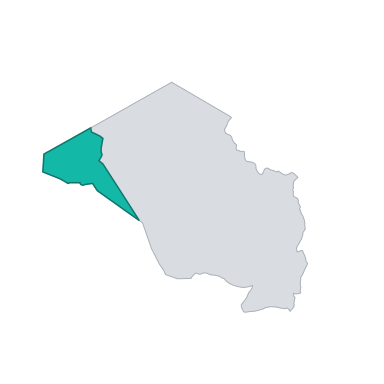 where Tibesti sits in Chad, rotated 301°
{"feature_id": "TCD-5578", "entity_name": "Tibesti", "entity_type": "Préfecture", "adm_level": 1, "iso_a3": "TCD", "parent_name": "Chad", "parent_adm1": "", "projection": "robinson", "projection_center": [15.919, 20.285], "detail": "fine", "context": "in_parent", "style": "filled", "palette": "teal", "viewbox_px": 384, "rotation_deg": 301, "n_neighbors": 0, "source": "natural_earth", "source_scale": "10m", "svg_char_len": 5888}
<svg xmlns="http://www.w3.org/2000/svg" viewBox="0 0 384 384"><g transform="rotate(301 192 192)"><path d="M275.6,118.0L275.7,126.2L275.8,134.3L275.9,142.5L276.0,150.7L276.1,158.9L276.2,167.1L276.3,175.2L276.4,183.4L276.4,186.1L276.2,187.2L276.1,187.4L275.8,187.5L272.0,186.8L270.3,186.8L268.0,187.3L264.6,187.7L262.3,187.6L260.8,189.0L259.6,190.7L260.2,194.7L260.1,196.1L259.7,197.5L258.6,198.7L257.6,199.6L257.0,200.5L256.2,202.3L255.7,203.2L255.7,204.3L255.5,205.5L254.9,206.2L253.3,206.6L252.3,207.2L251.5,208.0L250.9,208.7L251.2,209.5L251.6,210.7L251.9,212.5L252.0,213.6L252.8,214.4L253.3,215.0L253.5,215.8L253.0,216.4L251.1,217.8L250.3,218.2L249.4,218.9L249.1,219.2L247.6,220.4L246.9,221.5L246.6,222.4L246.6,223.7L247.4,225.6L248.2,227.2L248.5,228.5L248.7,229.8L248.6,231.1L248.2,232.2L247.5,233.2L244.8,235.0L243.5,237.1L242.4,239.6L242.2,240.9L242.5,241.9L243.0,242.6L243.8,243.0L245.0,243.1L246.9,242.7L248.7,242.4L250.7,243.3L251.7,245.4L251.3,247.0L252.0,249.7L252.7,253.1L252.7,254.2L252.9,254.6L254.1,254.8L254.4,255.6L254.1,261.5L254.6,263.1L255.4,264.3L256.4,264.9L257.3,265.7L257.7,266.3L258.8,266.4L260.0,267.5L260.3,268.9L260.3,270.3L259.6,273.2L259.0,275.3L258.4,275.1L256.9,274.6L255.2,274.2L253.1,273.8L251.1,274.7L249.0,275.7L248.3,276.5L247.7,277.0L246.8,276.9L245.9,277.0L245.4,277.8L244.6,278.6L241.5,280.3L240.9,281.0L240.5,281.6L240.5,282.3L240.8,283.6L240.8,285.4L240.1,286.8L239.3,287.7L238.4,288.1L237.7,288.3L237.2,288.9L235.5,292.1L234.8,292.7L233.4,292.6L229.3,297.4L228.9,298.8L227.4,300.8L225.5,303.0L223.8,304.1L223.7,304.5L223.3,304.9L222.2,305.4L218.6,308.1L214.2,308.0L212.3,309.1L210.5,309.5L207.7,310.1L206.9,310.0L203.4,310.2L199.3,310.2L197.7,310.5L196.2,311.6L195.2,312.5L195.0,312.8L195.2,313.2L195.1,313.5L198.0,315.7L198.7,316.8L198.0,317.8L197.6,318.0L197.1,318.9L195.5,321.4L192.9,324.3L191.6,325.2L191.1,325.7L190.4,327.7L189.9,327.9L188.2,328.2L184.7,328.4L179.9,329.1L177.0,329.3L175.2,329.1L172.7,330.4L171.7,330.8L171.2,330.9L168.7,332.2L166.6,334.2L165.9,334.6L162.9,335.5L161.8,336.9L161.2,337.0L159.3,335.2L158.1,333.5L157.4,331.8L157.4,331.2L157.0,331.4L156.0,332.1L155.1,333.0L154.7,334.6L151.6,335.7L149.1,336.6L147.9,337.8L146.1,338.4L143.7,338.2L141.9,337.7L140.2,337.5L141.0,336.0L141.3,334.9L141.4,333.6L141.3,332.7L140.2,332.2L139.6,331.5L138.0,327.2L136.5,322.9L134.3,318.6L131.9,315.8L130.2,314.1L129.6,313.9L128.7,313.4L128.1,312.9L124.9,310.0L121.7,306.7L120.8,305.2L119.2,303.0L117.3,300.7L116.4,299.7L115.9,297.8L117.2,296.1L118.6,293.9L120.2,292.5L122.4,292.4L125.9,293.0L129.8,293.2L133.6,292.7L134.6,292.4L135.5,292.5L137.6,293.0L141.2,292.8L143.0,292.0L141.0,290.5L138.9,288.1L136.9,285.6L135.7,283.2L134.6,280.2L133.6,276.5L132.9,271.7L133.0,269.0L133.3,267.0L134.4,263.9L133.7,262.0L133.9,260.5L133.8,258.3L133.4,257.1L132.0,253.5L131.8,253.1L130.5,250.5L130.0,246.2L128.6,243.4L126.4,242.1L125.2,240.4L124.7,237.5L123.8,236.7L120.3,235.7L117.4,235.7L115.3,232.4L112.6,228.1L110.1,224.2L108.5,216.3L107.6,211.8L108.7,210.4L110.7,207.2L113.4,201.1L119.4,191.6L122.4,186.7L128.5,179.4L135.9,170.5L140.1,165.4L140.8,156.3L141.5,146.6L142.1,139.3L142.8,130.6L143.3,123.3L143.7,118.0L144.3,110.5L144.8,109.1L147.7,103.2L148.0,102.4L147.4,101.4L143.3,96.4L142.0,95.3L141.2,92.7L142.3,91.3L137.3,82.9L136.1,81.9L135.6,80.8L135.5,79.3L135.4,73.5L134.1,64.4L132.4,53.8L138.2,50.8L142.6,48.5L148.3,45.6L153.5,48.6L161.1,52.9L168.7,57.3L176.3,61.6L183.9,65.9L191.5,70.3L199.1,74.6L206.7,79.0L214.3,83.3L222.0,87.6L229.6,92.0L237.3,96.3L244.9,100.6L252.6,105.0L260.3,109.3L267.9,113.7L275.6,118.0Z" fill="#d9dde1" stroke="#a8b0b8" stroke-width="1"/><path d="M148.3,45.6L149.7,46.4L151.7,47.5L153.6,48.7L155.6,49.8L157.5,50.9L159.5,52.0L161.5,53.1L163.4,54.3L165.4,55.4L167.3,56.5L169.3,57.6L171.2,58.7L173.2,59.9L175.2,61.0L177.1,62.1L179.1,63.2L181.0,64.3L183.0,65.4L185.0,66.6L186.9,67.7L188.9,68.8L190.8,69.9L192.8,71.0L194.8,72.2L191.6,74.8L192.1,79.4L192.5,83.9L192.1,88.0L188.6,89.3L182.7,91.6L179.6,93.4L177.6,95.7L175.6,96.1L170.9,96.1L170.2,101.1L161.6,118.6L152.9,136.3L140.4,161.5L140.5,160.6L140.5,159.8L140.6,159.0L140.7,158.1L140.7,157.3L140.8,156.5L140.9,155.6L140.9,154.8L141.0,154.0L141.0,153.1L141.1,152.3L141.2,151.4L141.2,150.6L141.3,149.8L141.4,148.9L141.4,148.1L141.5,147.3L141.6,146.4L141.6,145.6L141.6,145.4L141.7,144.8L141.8,143.9L141.8,143.1L141.9,142.2L142.0,141.4L142.0,140.6L142.1,139.7L142.1,138.9L142.2,138.1L142.3,137.2L142.3,136.4L142.4,135.6L142.5,134.7L142.5,133.9L142.6,133.0L142.7,132.2L142.7,131.4L142.8,130.5L142.9,129.7L142.9,128.9L143.0,128.0L143.1,127.2L143.1,126.4L143.2,125.5L143.2,124.7L143.3,123.8L143.4,123.0L143.4,122.2L143.5,121.3L143.6,120.5L143.6,119.7L143.7,118.8L143.8,118.0L143.8,117.2L143.9,116.3L144.0,115.5L144.0,114.6L144.1,113.8L144.1,113.0L144.2,112.1L144.3,111.3L144.3,110.5L144.8,109.1L145.1,108.6L145.7,107.4L146.3,106.1L147.0,104.8L147.6,103.6L147.9,102.9L148.1,102.6L148.0,102.3L147.8,101.9L147.4,101.4L146.5,100.3L145.6,99.2L144.7,98.1L143.7,97.0L143.3,96.4L142.0,95.3L141.7,95.0L141.5,94.6L141.3,94.1L141.2,93.3L141.3,92.4L141.7,91.7L142.3,91.3L142.1,90.9L141.8,90.4L141.5,90.0L141.3,89.5L141.0,89.1L140.7,88.6L140.5,88.2L140.2,87.7L139.9,87.3L139.7,86.9L139.4,86.4L139.1,86.0L138.9,85.5L138.6,85.1L138.3,84.6L138.1,84.2L137.8,83.7L137.4,83.1L136.9,82.3L136.6,82.1L135.8,81.7L135.6,81.4L135.5,81.1L135.5,80.6L135.5,80.3L135.5,79.3L135.5,78.0L135.5,76.4L135.4,74.9L135.4,73.5L135.4,72.6L135.4,72.2L135.3,71.5L135.2,70.7L135.0,69.9L134.8,68.8L134.7,67.6L134.5,66.5L134.3,65.3L134.1,64.2L133.9,63.0L133.7,61.9L133.5,60.7L133.3,59.6L133.1,58.4L133.0,57.3L132.8,56.1L132.6,55.0L132.4,53.8L132.7,53.7L133.6,53.2L134.5,52.7L135.4,52.3L136.3,51.8L137.2,51.3L138.1,50.8L139.1,50.3L140.0,49.9L140.9,49.4L141.8,48.9L142.7,48.4L143.6,47.9L144.5,47.5L145.4,47.0L146.4,46.5L147.3,46.0L148.0,45.7L148.3,45.6Z" fill="#14b8a6" stroke="#0f766e" stroke-width="1.5"/></g></svg>